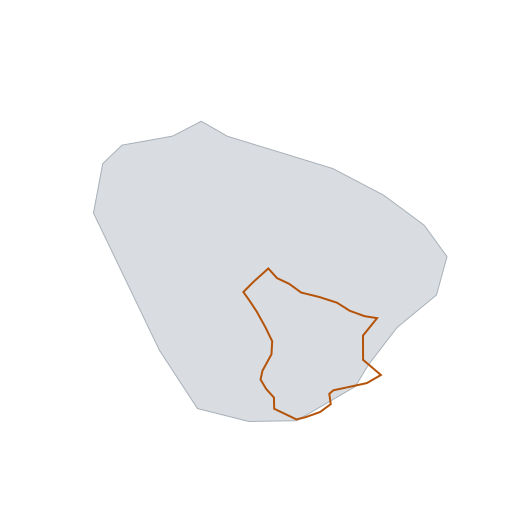 La Massana highlighted on a map of Andorra, rotated 228°
{"feature_id": "AND-4877", "entity_name": "La Massana", "entity_type": "state/province", "adm_level": 1, "iso_a3": "AND", "parent_name": "Andorra", "parent_adm1": "", "projection": "mercator", "projection_center": [1.476, 42.553], "detail": "fine", "context": "in_parent", "style": "outline", "palette": "amber", "viewbox_px": 512, "rotation_deg": 228, "n_neighbors": 0, "source": "natural_earth", "source_scale": "10m", "svg_char_len": 835}
<svg xmlns="http://www.w3.org/2000/svg" viewBox="0 0 512 512"><g transform="rotate(228 256 256)"><path d="M392.8,305.5L364.4,314.7L269.5,371.6L215.5,391.6L166.2,401.6L127.7,397.5L106.3,364.1L108.5,313.1L100.0,267.0L92.6,242.4L106.5,175.9L138.0,139.8L181.8,110.4L250.7,121.2L396.7,164.0L427.2,203.9L428.0,230.7L400.9,274.3L392.8,305.5Z" fill="#d9dde1" stroke="#a8b0b8" stroke-width="1"/><path d="M107.5,176.7L130.3,167.3L138.8,174.6L150.3,174.6L161.1,176.7L166.4,184.0L172.6,201.7L181.8,211.0L196.3,215.2L214.0,219.3L227.8,221.4L237.7,222.5L238.5,237.0L238.5,256.8L225.5,256.8L213.2,262.0L198.6,265.1L183.3,275.5L167.2,284.9L152.6,289.0L138.8,296.3L128.8,304.4L125.3,282.3L107.2,266.1L84.0,269.2L87.4,253.3L104.4,223.7L104.6,218.3L95.9,212.4L97.2,199.2L103.0,185.1L107.5,176.7Z" fill="none" stroke="#b45309" stroke-width="2"/></g></svg>